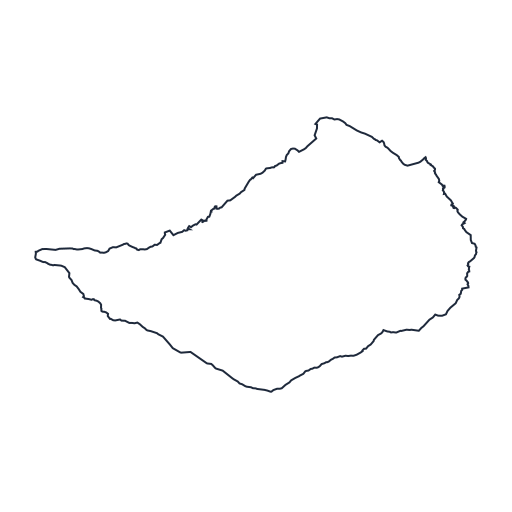 the district of Rosia, Bihor, Romania, rotated 178°
{"feature_id": "2599482B74663584597770", "entity_name": "Rosia", "entity_type": "district", "adm_level": 2, "iso_a3": "ROU", "parent_name": "Romania", "parent_adm1": "Bihor", "projection": "robinson", "projection_center": [22.429, 46.826], "detail": "fine", "context": "isolated", "style": "outline", "palette": "slate", "viewbox_px": 512, "rotation_deg": 178, "n_neighbors": 0, "source": "geoboundaries", "source_scale": "gbopen_adm2", "svg_char_len": 6010}
<svg xmlns="http://www.w3.org/2000/svg" viewBox="0 0 512 512"><g transform="rotate(178 256 256)"><path d="M476.0,267.9L475.9,266.0L476.7,262.4L476.2,260.8L475.8,260.3L471.7,258.7L469.5,257.6L468.3,257.3L467.0,257.3L464.4,255.9L463.9,255.3L462.5,254.8L462.2,254.5L460.7,254.3L459.3,253.8L458.6,253.8L458.0,254.1L451.9,253.3L450.9,253.1L447.5,251.5L443.1,245.4L443.6,241.7L443.3,240.9L441.2,238.4L440.2,235.5L438.5,233.5L436.3,231.9L434.2,228.9L432.7,226.3L429.9,224.1L429.4,221.9L430.2,221.0L428.9,220.2L428.6,219.5L424.6,218.8L421.9,218.0L420.4,218.6L419.5,218.4L419.3,217.8L418.8,217.4L416.9,216.9L415.2,216.0L413.3,214.2L412.5,212.7L412.7,209.6L412.3,208.6L412.5,207.5L412.3,206.3L412.0,206.1L410.8,205.6L409.7,205.6L407.8,204.9L405.9,203.4L406.2,201.7L406.2,201.1L404.1,198.2L403.4,198.3L401.0,196.8L399.0,196.5L394.1,197.3L393.1,196.4L392.3,196.0L391.4,196.1L390.4,195.9L389.2,195.9L384.9,193.5L382.0,193.4L379.7,193.0L376.9,193.6L374.4,191.8L371.7,189.1L369.7,187.7L368.0,185.9L367.1,185.4L363.8,184.6L357.6,182.3L356.4,181.2L351.8,178.7L345.2,170.6L342.4,166.8L335.1,162.3L334.1,162.0L324.8,162.4L309.2,150.7L308.5,150.3L304.5,149.7L303.1,148.4L300.6,145.4L299.9,144.9L293.3,142.6L283.9,134.6L282.6,133.6L278.6,131.2L276.9,129.2L274.3,128.3L271.3,126.3L269.8,125.7L265.6,125.0L263.7,124.0L260.9,123.7L259.5,123.1L252.1,121.9L249.3,121.1L246.3,119.9L245.3,119.9L243.3,121.4L239.6,122.6L236.9,122.5L234.9,122.9L231.0,126.2L227.0,128.5L225.2,130.5L220.9,132.8L217.1,134.4L216.4,134.9L212.8,136.6L210.8,139.0L209.9,139.4L207.5,139.7L205.3,141.2L203.6,141.4L201.6,142.4L199.2,142.2L197.6,142.7L196.1,143.7L194.2,145.7L191.5,146.4L189.6,147.4L188.4,147.4L186.9,148.0L184.7,149.7L182.7,150.6L181.0,151.8L178.7,151.9L175.4,153.0L173.6,152.4L170.0,153.2L167.3,152.8L164.8,153.1L162.0,152.9L158.9,153.8L154.8,155.9L152.8,157.2L153.0,157.8L151.3,159.5L149.2,159.6L147.1,162.0L144.5,163.5L141.4,166.9L141.1,168.1L138.7,170.7L136.8,172.7L133.9,174.1L133.1,174.7L132.0,176.0L131.2,177.5L127.4,176.0L124.9,175.6L124.1,175.0L123.3,174.9L121.7,175.1L119.3,174.7L118.5,174.6L114.3,176.2L113.5,176.0L108.1,177.1L105.0,176.7L103.2,176.9L95.9,175.6L93.2,178.4L91.1,179.9L84.9,186.3L81.4,188.4L78.9,191.2L76.0,190.0L72.1,189.8L68.2,191.1L66.5,194.4L63.5,197.6L58.1,201.8L56.4,205.1L54.8,206.5L54.2,207.6L54.0,208.6L54.2,210.1L52.7,211.1L52.1,214.0L51.1,215.0L51.1,216.2L44.7,217.2L44.8,218.8L45.6,220.4L44.9,221.4L45.1,222.3L45.9,223.1L46.2,223.8L47.5,225.0L47.5,226.2L47.1,227.3L46.2,227.8L45.6,228.7L45.6,231.4L45.0,232.0L44.5,232.8L43.4,233.1L43.5,234.5L43.8,235.2L43.6,235.8L43.6,236.5L43.2,237.9L44.4,238.3L44.9,239.2L44.2,240.0L44.4,241.4L43.8,241.9L43.6,242.5L42.2,243.2L38.3,246.3L37.6,247.3L37.2,248.9L36.0,250.3L35.8,251.6L35.5,252.0L36.0,253.4L35.3,256.9L36.1,257.6L36.2,258.9L37.1,260.6L39.7,261.4L40.8,264.5L40.7,269.4L44.9,272.5L46.4,274.6L46.9,275.7L48.1,276.5L48.3,278.1L49.4,279.5L48.9,280.3L48.0,280.9L47.3,281.1L46.4,281.6L47.4,282.5L46.3,283.4L44.9,285.1L44.7,285.8L48.4,288.1L51.0,290.6L52.7,292.7L53.2,294.0L52.9,294.6L52.8,295.3L54.6,297.2L55.3,297.5L56.2,296.9L56.9,297.1L57.1,297.4L56.9,297.9L57.2,298.3L56.4,298.4L56.6,299.0L58.8,299.7L58.7,299.9L59.0,300.2L58.8,300.6L58.1,300.5L57.4,301.4L58.8,303.8L59.1,304.6L63.3,308.8L64.8,311.7L66.0,311.5L65.8,312.2L66.0,313.9L67.0,315.1L66.5,316.3L66.8,316.3L66.8,317.1L65.2,317.8L65.0,318.4L65.2,319.7L66.1,319.8L66.5,319.1L67.0,319.5L67.7,320.9L70.8,323.4L70.2,324.7L70.6,326.7L73.0,330.3L73.2,331.1L73.9,331.8L74.3,332.6L74.3,333.1L74.1,333.5L75.0,334.8L74.2,335.7L74.1,336.2L74.1,337.1L75.5,338.4L75.6,338.9L76.0,339.4L78.3,340.9L78.1,341.4L81.0,343.2L81.5,344.0L81.7,344.8L83.0,346.2L82.7,347.8L83.1,348.8L84.3,348.0L85.7,346.6L88.4,344.5L90.3,343.6L101.4,341.0L104.3,342.0L105.7,343.1L107.3,345.2L107.9,346.4L108.5,346.8L109.7,348.8L109.8,350.0L111.8,351.9L115.6,354.4L117.8,356.2L120.2,359.0L121.4,360.0L122.6,360.6L123.7,362.0L124.1,364.3L124.6,365.5L126.0,366.8L128.5,365.3L131.1,367.4L132.5,367.8L133.0,368.5L134.1,369.0L136.0,371.0L142.9,374.5L146.6,375.8L150.8,377.9L157.9,382.6L161.0,383.9L162.1,385.6L164.3,387.4L168.1,389.6L170.2,390.0L172.9,389.7L175.2,391.0L177.8,391.1L180.5,392.1L187.2,391.1L192.0,385.9L190.4,385.2L190.6,381.4L193.2,374.6L191.7,371.3L200.8,363.9L202.5,362.1L204.4,360.9L209.4,358.6L210.8,360.1L213.4,361.9L215.3,362.1L217.3,361.7L219.3,359.5L220.1,357.4L221.7,355.9L222.6,353.9L223.0,351.6L223.6,349.5L226.2,349.9L226.3,348.2L227.9,348.0L229.7,347.5L232.2,345.7L233.9,345.2L234.6,344.2L235.1,343.9L235.8,344.1L237.7,343.9L238.6,343.5L242.3,343.2L243.1,342.9L244.2,341.1L246.6,339.0L248.6,338.0L253.1,337.2L256.2,333.9L256.9,334.5L258.5,332.7L259.2,332.4L260.6,330.6L264.9,323.9L265.3,322.4L268.8,320.3L270.1,318.9L273.6,317.0L274.8,315.9L279.8,312.5L282.6,312.3L288.7,305.8L289.8,305.7L290.7,305.2L291.4,304.6L293.1,304.5L293.8,304.7L293.8,307.0L295.0,307.1L295.6,306.4L296.0,304.8L297.0,304.6L299.0,303.1L299.0,302.2L299.5,302.4L300.1,299.8L301.3,296.9L302.7,296.8L304.3,294.1L304.2,293.0L304.9,292.8L305.8,293.2L308.2,291.8L308.5,292.0L308.0,293.5L309.4,294.3L314.3,289.5L315.4,289.8L318.1,288.5L319.9,287.1L321.7,288.2L322.9,286.6L322.8,285.8L321.7,285.1L323.5,285.2L323.7,284.1L325.5,283.7L326.9,284.3L328.9,282.7L333.3,281.8L337.8,279.7L341.3,284.4L346.3,282.7L346.3,281.6L346.0,280.4L348.3,277.2L349.7,276.1L351.1,272.5L351.7,272.4L354.5,270.5L356.9,270.8L358.8,269.4L359.7,269.0L360.8,269.0L362.5,268.2L364.8,266.7L367.0,266.4L368.7,266.7L371.5,266.8L372.9,266.0L374.6,266.5L375.3,267.7L376.3,267.9L376.9,268.4L379.1,269.3L382.0,270.8L382.8,271.3L383.9,272.8L385.1,273.1L386.3,272.7L387.5,272.6L388.8,271.9L395.4,269.5L398.7,269.8L402.1,268.5L403.6,266.1L406.0,264.9L407.9,264.5L409.9,264.8L411.6,264.8L412.7,265.8L414.2,266.7L417.1,267.2L420.3,268.7L422.6,269.5L424.6,269.8L427.3,269.6L429.4,269.0L433.7,268.7L435.0,268.8L436.9,269.3L438.0,269.3L439.2,269.9L441.8,270.1L452.1,270.1L456.1,269.1L465.0,270.3L469.3,270.4L473.3,268.8L474.3,268.0L476.0,267.9Z" fill="none" stroke="#1e293b" stroke-width="2"/></g></svg>